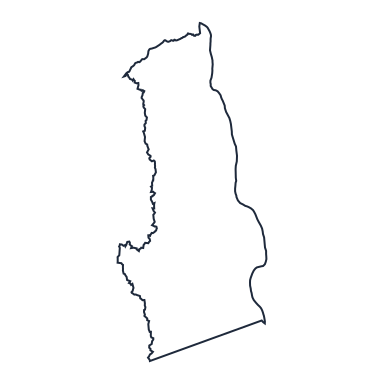 the district of La Guadalupe, Guainía, Colombia
{"feature_id": "7082276B7133073110314", "entity_name": "La Guadalupe", "entity_type": "district", "adm_level": 2, "iso_a3": "COL", "parent_name": "Colombia", "parent_adm1": "Guainía", "projection": "equal_earth", "projection_center": [-67.046, 1.426], "detail": "fine", "context": "isolated", "style": "outline", "palette": "slate", "viewbox_px": 384, "rotation_deg": 0, "n_neighbors": 0, "source": "geoboundaries", "source_scale": "gbopen_adm2", "svg_char_len": 5905}
<svg xmlns="http://www.w3.org/2000/svg" viewBox="0 0 384 384"><path d="M123.9,76.5L125.5,76.0L125.8,75.4L126.3,74.9L126.9,73.8L127.9,74.9L128.3,76.6L129.2,77.5L129.9,78.9L132.3,79.8L132.7,80.5L133.5,79.2L134.1,80.2L134.8,80.9L134.6,82.5L136.6,83.3L138.3,83.0L138.5,85.1L137.5,88.8L140.1,89.8L140.8,89.7L141.5,90.8L142.1,90.9L142.8,90.2L144.3,91.1L143.7,92.5L142.8,93.0L142.5,95.2L141.7,97.0L141.6,98.0L142.1,98.5L142.6,99.4L143.6,100.5L143.7,101.7L143.2,104.1L144.1,105.1L143.3,106.0L143.7,107.5L145.2,109.1L144.8,112.9L145.3,115.7L146.9,117.4L146.5,120.0L145.6,120.9L145.8,123.1L144.5,124.5L144.4,125.9L145.2,127.9L144.8,130.8L143.2,131.4L143.8,132.7L145.0,137.0L144.6,141.2L145.6,143.6L147.2,144.5L147.3,145.2L147.3,145.8L147.7,146.8L148.1,148.0L148.7,149.3L147.0,152.4L148.3,154.5L150.5,155.8L150.6,156.8L149.3,158.2L149.7,159.5L151.9,161.3L153.8,160.5L154.8,161.4L155.0,163.6L154.9,164.4L155.1,166.1L154.9,167.7L155.5,169.1L155.9,172.3L154.3,175.4L153.1,175.8L153.3,177.5L153.3,179.1L153.2,180.3L152.9,180.3L152.6,181.4L152.0,182.7L152.2,185.8L151.0,186.6L152.0,187.8L151.9,188.4L151.8,189.9L151.0,192.0L153.3,191.8L153.7,192.4L155.0,193.2L153.8,195.2L152.5,195.7L152.5,196.3L150.9,197.0L150.9,198.6L150.9,199.6L152.1,201.7L152.9,203.8L154.4,203.1L154.1,204.5L154.1,206.7L154.2,208.4L152.5,208.3L153.7,211.1L155.0,212.6L154.2,213.8L153.3,214.8L153.7,218.8L154.7,221.9L154.0,222.9L152.1,225.2L153.7,225.9L154.6,226.5L155.4,226.4L156.4,226.7L156.6,227.5L156.8,228.4L156.6,228.6L156.1,230.5L155.8,230.8L154.9,231.4L154.6,232.0L153.7,232.5L152.9,233.1L151.7,232.9L150.9,234.2L150.5,234.7L150.1,235.8L149.2,235.2L148.3,235.3L148.5,237.7L149.7,239.0L150.1,240.9L149.0,242.0L148.3,243.2L145.2,242.8L144.4,244.0L143.6,245.0L143.2,248.0L141.2,247.7L140.8,248.4L139.1,249.4L139.2,250.1L138.9,251.1L136.7,249.4L136.7,248.4L133.6,247.7L131.1,248.1L131.9,246.2L131.0,245.7L129.7,244.4L129.9,242.9L129.3,241.6L127.3,241.9L126.2,245.1L125.8,245.6L125.4,246.3L125.0,245.1L123.5,245.8L121.8,244.5L119.9,244.3L119.7,245.7L119.1,246.4L119.8,247.9L119.3,255.2L117.6,257.1L117.7,258.8L117.7,259.9L117.7,261.6L117.6,262.7L121.4,263.2L122.1,264.3L123.0,264.9L122.9,267.1L123.0,269.0L122.9,270.5L123.6,273.6L125.0,274.2L125.4,275.3L126.6,276.9L127.1,280.0L130.2,281.2L129.4,282.5L129.0,283.0L130.3,283.5L131.1,284.9L132.4,283.9L133.5,287.9L133.1,289.0L132.7,290.8L131.5,292.2L131.8,292.9L132.7,293.4L134.3,294.6L135.8,294.5L137.1,295.1L139.9,296.0L140.3,298.4L141.2,298.9L142.5,300.2L144.4,300.0L144.9,303.3L144.8,305.5L145.4,307.1L145.0,309.6L144.1,310.0L144.0,312.0L144.4,313.2L144.9,314.6L144.4,315.9L147.2,318.4L147.2,319.2L147.2,320.2L149.1,321.0L148.3,324.1L148.8,329.7L149.3,330.7L149.7,331.9L150.9,331.8L150.8,335.9L151.3,337.4L153.3,338.2L153.3,339.5L152.7,340.4L152.1,341.2L151.7,344.0L149.3,345.5L149.2,347.7L150.5,348.9L150.4,350.3L152.9,351.8L151.5,353.5L150.0,354.4L148.9,356.6L148.0,357.6L148.4,358.2L149.1,359.0L149.8,360.1L149.9,361.0L261.7,320.5L263.1,322.1L264.8,323.4L264.9,321.4L264.2,317.3L263.8,315.4L263.5,314.7L263.0,312.8L262.2,310.5L261.1,308.3L259.8,306.7L257.9,304.9L256.0,302.8L253.8,300.1L252.5,297.5L252.0,295.4L251.6,293.0L251.0,291.0L250.7,288.5L250.1,285.7L250.0,282.5L250.1,280.1L250.7,277.9L252.3,273.5L253.8,270.5L255.4,268.5L256.9,267.4L261.3,266.3L263.1,266.0L264.9,264.2L265.8,261.7L266.4,259.1L266.3,256.6L266.1,254.0L266.1,250.9L265.0,247.5L264.1,237.4L263.0,234.0L262.7,231.5L262.1,228.6L260.8,225.6L258.7,221.9L257.4,219.4L255.4,214.3L254.2,212.0L253.1,210.2L251.0,208.4L248.5,207.0L246.8,206.3L245.3,205.9L242.9,204.4L240.2,203.1L237.9,200.4L236.5,197.1L236.3,195.5L235.6,193.7L235.1,191.3L235.1,188.5L235.4,185.6L235.6,182.8L236.2,180.9L235.8,177.8L235.6,169.0L235.8,165.8L236.8,161.4L237.0,155.8L236.3,150.2L236.0,146.5L234.7,143.7L232.5,136.5L231.9,134.4L231.8,131.4L230.9,124.0L230.3,121.2L229.4,118.1L227.7,114.9L226.1,111.9L224.9,108.2L224.7,105.6L222.8,100.9L221.8,99.0L221.1,97.2L220.6,95.3L219.1,93.1L217.6,91.3L215.7,90.3L213.8,90.0L212.6,89.2L210.7,86.0L210.7,83.9L210.4,82.9L210.4,80.7L210.9,79.3L211.5,77.7L212.2,73.4L212.4,70.6L212.3,68.8L212.7,64.4L212.5,61.9L212.5,60.5L211.8,57.1L210.8,53.7L210.0,50.3L210.4,44.8L210.4,43.5L210.6,41.2L210.6,40.1L210.6,39.1L210.7,37.9L210.9,37.0L211.0,36.0L210.9,34.8L210.5,33.5L210.0,32.2L209.3,30.7L208.6,29.5L207.8,28.0L207.0,27.0L206.1,26.3L205.0,25.5L203.0,24.4L201.1,23.3L199.8,23.0L199.3,26.5L200.1,33.2L198.7,34.4L198.1,34.8L197.7,34.8L197.3,34.6L196.9,34.6L196.3,34.8L195.9,34.9L195.6,35.4L195.3,35.8L194.3,35.8L193.9,35.7L193.6,35.3L193.5,34.8L193.0,34.4L192.7,34.5L192.4,34.8L192.1,34.9L191.5,34.3L191.1,34.1L190.4,33.9L188.6,33.8L188.4,33.8L188.1,33.4L187.9,33.4L187.8,33.5L187.7,33.7L187.6,34.3L187.4,34.7L186.2,35.4L185.8,35.8L185.5,36.2L185.3,36.4L184.4,36.7L183.9,37.0L183.4,37.0L183.1,37.1L182.9,37.3L182.6,37.7L182.4,37.8L182.0,38.0L181.6,38.0L181.2,38.2L180.8,38.6L180.6,38.8L180.0,39.0L177.0,40.3L176.5,40.4L175.7,40.4L174.9,39.8L174.4,39.7L174.2,39.8L173.7,40.7L173.3,40.8L172.7,40.7L171.7,40.2L171.2,40.2L170.8,40.4L170.4,40.9L170.1,41.1L168.9,41.6L168.2,41.8L167.8,41.7L167.2,41.5L166.1,40.9L165.6,40.4L165.3,40.3L164.9,40.2L164.5,40.4L164.0,40.7L163.2,41.9L162.4,42.7L161.2,43.5L159.3,45.0L158.6,45.4L157.9,45.9L157.2,46.3L156.6,46.8L156.0,47.1L155.2,47.5L154.5,47.7L153.2,48.1L151.7,48.6L150.3,48.8L149.9,49.0L149.6,49.2L149.3,49.5L149.0,50.0L148.5,50.9L148.3,52.0L148.2,53.4L147.7,55.2L147.3,56.4L147.0,56.9L146.6,57.4L146.1,57.8L145.0,58.6L144.5,59.0L144.2,59.2L143.8,59.2L142.6,59.1L142.0,59.3L141.8,59.5L141.2,60.4L139.9,61.8L139.6,62.1L139.1,62.2L138.3,61.9L138.0,61.9L137.6,62.1L137.1,62.5L135.9,62.8L135.2,63.2L134.9,63.7L134.3,64.9L133.9,65.4L132.8,66.3L132.2,66.7L131.6,67.0L131.2,67.4L131.1,67.6L131.0,68.1L130.8,68.4L130.2,69.7L129.8,70.4L129.5,71.2L129.2,71.6L128.9,71.9L128.0,72.0L127.7,72.3L127.2,72.5L126.7,72.9L126.2,73.4L123.9,76.5Z" fill="none" stroke="#1e293b" stroke-width="2"/></svg>